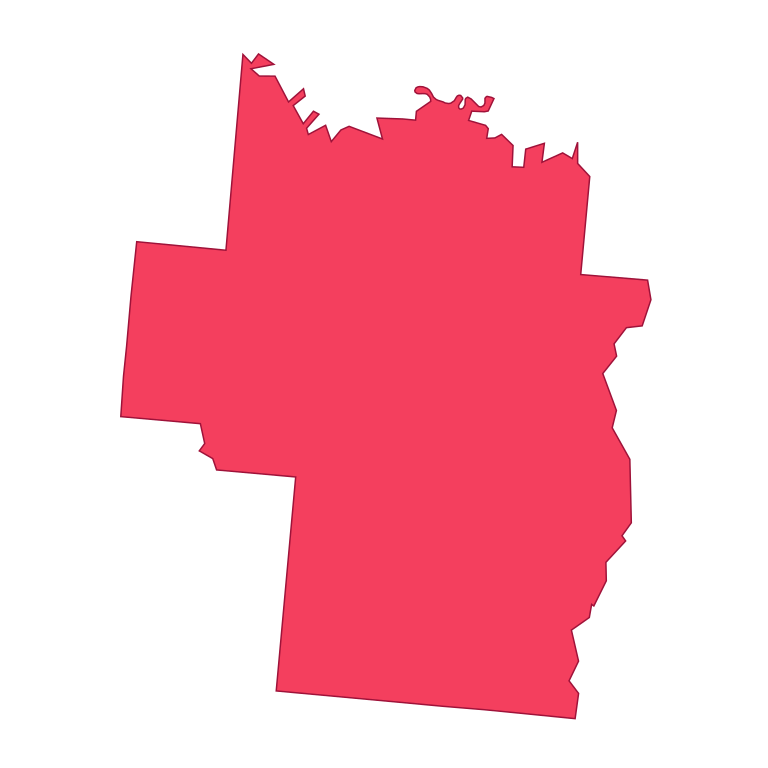 White, Arkansas, United States of America (Mercator projection), rotated 274°
{"feature_id": "52423323B98282084999585", "entity_name": "White", "entity_type": "district", "adm_level": 2, "iso_a3": "USA", "parent_name": "United States of America", "parent_adm1": "Arkansas", "projection": "mercator", "projection_center": [-91.529, 35.277], "detail": "fine", "context": "isolated", "style": "filled", "palette": "rose", "viewbox_px": 768, "rotation_deg": 274, "n_neighbors": 0, "source": "geoboundaries", "source_scale": "gbopen_adm2", "svg_char_len": 1797}
<svg xmlns="http://www.w3.org/2000/svg" viewBox="0 0 768 768"><g transform="rotate(274 384 384)"><path d="M63.5,598.0L88.9,599.7L100.8,589.3L121.1,597.4L151.6,588.1L165.4,605.1L178.6,606.5L177.2,608.8L203.2,619.5L221.6,617.8L244.3,636.0L249.2,632.0L262.8,640.4L326.0,634.5L356.2,614.7L373.8,617.7L409.7,601.5L428.0,614.1L440.1,610.7L457.1,621.9L460.0,637.5L486.7,644.4L506.0,639.7L506.9,572.6L605.3,574.8L617.5,561.8L638.7,560.3L622.0,556.1L627.0,546.1L616.2,526.1L635.3,527.2L628.2,509.0L609.9,508.3L609.6,496.7L630.9,496.1L641.2,483.9L637.2,477.5L636.2,469.3L646.0,470.2L649.1,467.3L652.8,450.0L662.3,452.5L662.6,465.2L663.6,468.9L676.4,473.8L677.4,471.4L678.1,466.8L677.8,466.1L676.1,464.8L671.3,465.1L668.8,464.1L667.1,461.5L667.4,459.1L674.4,451.1L676.0,447.5L674.6,445.6L673.3,445.2L668.3,445.4L664.8,443.9L663.6,441.8L663.7,440.3L664.7,439.3L666.8,439.0L668.9,439.9L673.7,442.6L674.9,442.5L677.2,440.4L677.3,438.7L676.5,437.1L675.0,436.1L671.5,434.4L668.8,431.0L668.3,429.0L668.6,425.4L669.5,423.4L670.8,417.9L671.6,416.0L673.7,413.3L677.2,411.2L680.4,408.7L681.9,406.5L683.2,402.2L683.2,399.0L682.8,397.2L681.8,395.4L679.0,394.2L677.5,394.6L676.1,396.7L676.0,398.7L676.4,402.3L676.5,404.9L676.0,406.9L673.5,409.6L671.4,410.6L669.2,410.9L658.3,397.3L649.4,397.1L649.7,384.3L648.8,358.4L628.3,365.4L638.6,331.2L634.4,323.3L622.1,314.5L638.0,307.7L627.6,291.1L633.7,288.9L648.6,300.3L651.2,294.6L638.0,285.3L655.4,274.0L665.7,285.3L672.9,283.1L658.7,269.1L683.5,253.8L682.5,238.1L689.2,229.3L695.2,251.8L704.5,235.8L694.7,229.4L702.9,220.3L506.4,217.0L508.7,127.4L454.0,125.5L403.7,124.6L373.6,123.6L333.1,123.7L331.6,203.6L312.1,209.3L304.4,204.4L297.6,218.4L286.6,223.0L285.1,302.4L70.3,297.9L66.6,465.8L66.1,506.8L63.5,598.0Z" fill="#f43f5e" stroke="#9f1239" stroke-width="1.5"/></g></svg>